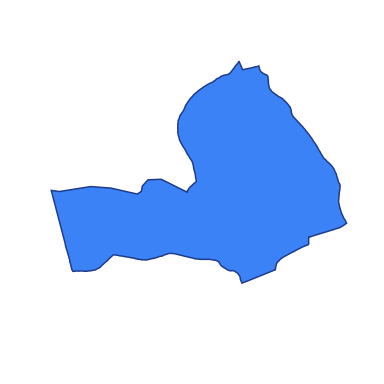 outline of Mbacke, Diourbel, Senegal, rotated 158°
{"feature_id": "50182788B63857747785645", "entity_name": "Mbacke", "entity_type": "district", "adm_level": 2, "iso_a3": "SEN", "parent_name": "Senegal", "parent_adm1": "Diourbel", "projection": "orthographic", "projection_center": [-15.86, 14.756], "detail": "fine", "context": "isolated", "style": "filled", "palette": "blue", "viewbox_px": 384, "rotation_deg": 158, "n_neighbors": 0, "source": "geoboundaries", "source_scale": "gbopen_adm2", "svg_char_len": 5928}
<svg xmlns="http://www.w3.org/2000/svg" viewBox="0 0 384 384"><g transform="rotate(158 192 192)"><path d="M82.8,283.8L84.4,283.9L87.2,284.5L90.5,284.8L95.5,285.8L98.8,286.3L99.3,286.5L99.4,295.3L99.5,295.3L100.0,295.2L100.3,295.0L100.7,294.6L103.1,293.3L104.0,292.9L104.9,292.4L106.4,291.3L107.6,290.7L109.2,289.6L110.6,288.9L111.7,288.3L112.5,287.9L115.2,287.5L116.8,287.9L118.4,288.3L119.5,288.3L120.9,288.3L122.0,288.4L122.7,288.0L124.4,287.7L126.0,287.8L127.1,287.5L128.0,287.2L129.0,286.8L130.4,286.6L131.6,286.1L133.4,286.2L134.0,286.1L137.4,285.8L139.3,285.5L141.2,285.1L142.2,285.0L144.0,284.3L145.6,284.2L147.0,283.8L148.8,283.3L150.3,282.7L151.2,282.5L152.5,282.0L153.7,281.7L155.1,280.8L156.3,280.3L158.9,279.1L160.0,278.3L162.6,276.8L163.3,276.0L164.7,275.3L165.5,274.2L166.6,273.7L166.9,273.0L167.8,272.3L168.5,271.4L169.9,270.4L171.2,269.5L172.3,268.8L173.3,268.1L174.4,267.5L175.5,266.1L176.3,265.0L177.1,264.3L178.0,263.6L178.9,261.5L179.7,260.4L180.0,259.7L180.4,258.4L180.9,257.5L181.5,256.0L181.7,254.9L182.4,253.6L183.0,252.4L183.1,251.1L183.5,249.7L183.6,248.9L183.6,247.7L183.9,245.9L184.1,244.9L183.9,243.4L183.9,241.8L183.7,240.7L183.5,238.9L183.1,237.0L182.7,234.9L182.5,233.2L182.2,229.9L182.1,228.6L181.8,227.6L181.4,225.5L181.2,223.6L180.9,222.5L180.6,221.1L180.5,220.0L180.5,218.1L180.9,216.3L181.0,215.5L181.5,213.6L181.7,212.3L182.0,209.9L182.1,208.5L182.5,206.8L182.8,205.6L183.2,204.2L183.4,203.0L183.7,201.4L184.1,200.0L185.3,199.7L186.5,199.3L187.4,199.1L188.4,198.6L190.0,198.0L190.9,197.6L192.2,197.2L194.5,195.8L195.1,195.1L196.0,194.8L196.0,194.3L196.5,193.6L202.9,200.8L215.7,215.3L228.2,219.8L235.8,216.1L238.7,211.6L243.5,210.6L250.2,215.2L265.7,226.0L283.9,235.0L314.7,242.1L321.9,246.2L328.4,195.6L328.7,193.2L329.1,191.0L329.4,188.9L329.7,187.4L329.8,184.9L329.9,183.1L330.2,181.3L330.4,179.9L330.5,178.0L330.8,176.2L330.9,174.6L331.5,173.0L331.5,170.9L331.8,169.8L331.8,168.8L332.2,167.7L332.1,166.5L332.5,165.6L332.3,164.2L332.3,163.3L331.8,162.8L330.6,162.5L328.5,162.0L326.7,161.1L325.1,160.6L323.5,160.0L322.5,159.4L321.6,158.9L320.4,158.4L319.3,158.0L318.7,157.8L317.7,157.6L316.8,157.3L315.7,157.0L314.6,156.7L312.2,156.3L311.4,156.0L310.5,156.0L308.9,156.3L307.7,156.3L306.9,156.3L306.1,156.5L305.3,156.7L303.5,157.5L300.3,158.7L298.5,159.4L297.3,159.7L295.9,160.2L294.4,160.9L292.8,161.6L291.4,162.1L290.7,162.4L289.8,162.7L288.9,163.0L287.9,163.1L287.1,162.5L285.2,161.5L284.1,160.7L282.5,159.7L281.0,158.9L279.7,158.1L278.2,157.0L276.9,156.3L275.3,155.4L273.3,154.0L272.1,153.2L270.8,152.6L270.0,151.8L267.0,149.7L266.0,149.3L264.8,148.5L264.0,147.9L263.2,147.7L261.8,147.1L261.2,146.7L260.3,146.2L259.4,146.1L258.3,145.8L256.7,145.6L255.4,145.4L254.0,145.2L253.1,145.0L251.7,144.6L251.1,144.6L247.5,144.4L246.4,144.4L245.5,144.3L244.4,143.9L243.3,143.8L241.9,144.0L241.0,144.0L240.1,143.9L239.2,143.8L238.6,143.7L237.6,143.7L236.9,143.7L236.0,143.5L234.5,143.0L234.3,142.8L233.4,142.4L230.6,140.9L228.4,139.2L225.1,136.9L222.9,135.2L220.9,133.9L217.7,131.5L216.3,130.8L214.2,128.9L212.8,128.2L210.4,126.9L208.6,126.0L205.3,124.8L203.4,123.9L201.8,123.4L200.4,122.6L199.2,122.0L198.1,121.1L196.4,120.2L195.2,119.4L194.2,118.4L193.5,117.4L193.3,116.4L193.0,115.2L192.9,113.8L192.6,112.9L192.0,111.8L191.4,110.9L190.9,110.0L190.1,109.3L189.4,108.2L188.8,107.1L187.9,106.2L187.2,105.4L186.1,104.8L185.6,104.3L184.3,104.1L182.4,103.0L181.5,101.5L180.8,100.9L179.8,98.5L179.2,95.4L179.9,92.9L179.8,88.8L174.8,88.7L143.8,88.7L143.7,89.2L142.8,90.6L142.0,91.7L141.4,92.6L140.8,93.5L140.0,94.2L139.3,94.8L138.4,95.2L137.3,95.6L136.1,96.2L134.9,96.7L132.3,97.3L131.2,97.5L130.4,97.7L129.0,97.8L126.7,98.0L125.2,98.2L122.5,98.5L120.6,98.6L118.4,98.8L116.6,99.1L114.4,99.3L112.0,99.4L110.7,99.6L106.9,99.7L105.1,99.5L104.3,99.6L103.9,99.7L103.6,99.9L103.3,100.2L103.0,100.5L102.8,101.2L102.6,101.8L102.3,102.6L102.0,103.4L101.7,104.1L101.4,104.9L101.0,105.6L100.7,106.4L100.4,106.7L100.2,106.8L99.6,106.1L97.5,106.1L94.0,105.8L89.2,105.4L83.2,104.8L70.7,103.8L68.2,103.6L64.1,104.2L60.3,105.2L60.5,107.9L60.5,108.7L60.7,109.6L61.1,110.6L61.1,111.7L61.1,113.2L61.2,114.8L61.4,116.4L61.2,117.3L61.1,119.5L60.9,120.5L60.8,121.9L60.6,123.0L60.5,124.3L60.3,125.3L60.0,126.3L60.0,127.3L59.6,128.3L59.2,129.3L58.6,130.3L58.4,131.0L57.8,132.0L57.4,132.9L56.9,133.7L56.6,134.4L55.5,136.5L54.9,137.5L54.2,138.6L53.6,139.6L53.2,140.7L52.6,141.6L52.4,142.5L52.1,143.5L52.2,144.7L52.4,146.3L52.1,149.2L51.9,150.5L52.0,151.9L51.7,153.5L51.5,155.1L51.7,156.6L51.8,157.5L51.7,158.8L51.8,160.1L52.2,162.2L52.5,163.2L52.8,164.2L53.3,165.3L53.7,166.6L54.2,167.6L54.9,168.9L55.3,169.7L55.9,171.5L56.2,172.3L56.9,173.0L57.1,174.0L57.4,174.8L57.4,175.7L57.6,176.8L57.8,178.1L58.1,179.4L58.1,180.6L58.3,181.8L58.6,183.1L58.8,185.5L59.0,186.7L59.0,187.4L59.2,188.2L59.4,189.3L59.5,190.2L59.7,190.9L60.1,192.7L60.4,193.6L60.5,194.7L60.7,195.6L60.8,196.5L61.0,197.5L61.3,198.4L61.8,200.4L61.9,201.2L62.3,202.2L62.6,203.4L62.9,204.7L63.3,205.4L63.6,206.7L63.8,207.6L64.1,208.3L64.6,209.7L64.8,210.8L65.2,211.7L65.7,212.8L66.3,214.6L66.6,215.3L67.0,216.3L67.4,217.1L67.6,218.0L68.2,219.3L68.3,219.8L68.6,220.5L69.3,222.1L69.7,223.1L69.9,223.9L70.0,224.7L70.2,225.6L70.2,226.9L70.2,227.8L69.9,228.9L69.6,230.2L69.5,230.8L69.3,231.6L69.2,232.8L69.3,234.2L69.8,235.6L70.3,237.8L70.7,238.6L71.1,240.1L71.7,241.0L71.9,241.8L72.3,242.7L72.9,244.1L73.4,245.0L74.1,246.0L75.0,247.0L75.7,247.7L76.2,248.3L76.6,249.4L77.1,250.0L77.4,250.5L78.2,251.6L78.7,252.3L79.0,253.1L79.5,253.8L80.0,254.5L80.4,255.3L80.5,256.1L80.7,257.0L81.1,257.6L81.3,258.7L81.3,259.7L81.1,260.5L81.0,261.4L80.9,262.2L80.6,263.1L80.4,264.0L80.2,264.9L79.8,265.7L79.5,266.9L79.1,267.9L79.1,268.9L78.7,269.6L78.4,270.5L78.4,271.3L78.7,272.1L79.1,272.7L80.5,274.1L81.4,275.1L82.8,277.3L83.1,278.2L83.3,279.1L83.4,280.0L83.2,280.6L83.2,281.4L83.1,282.0L83.1,282.7L83.0,283.4L82.8,283.8Z" fill="#3b82f6" stroke="#1e3a8a" stroke-width="1.5"/></g></svg>